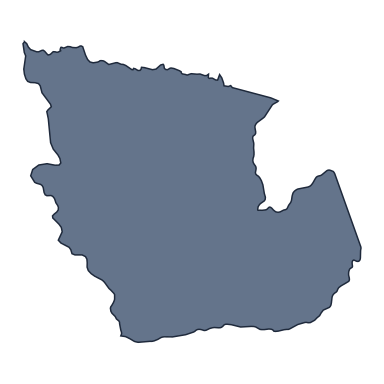 an SVG outline of Concepción
{"feature_id": "PRY-603", "entity_name": "Concepción", "entity_type": "Department", "adm_level": 1, "iso_a3": "PRY", "parent_name": "Paraguay", "parent_adm1": "", "projection": "robinson", "projection_center": [-57.042, -22.793], "detail": "fine", "context": "isolated", "style": "filled", "palette": "slate", "viewbox_px": 384, "rotation_deg": 0, "n_neighbors": 0, "source": "natural_earth", "source_scale": "10m", "svg_char_len": 4854}
<svg xmlns="http://www.w3.org/2000/svg" viewBox="0 0 384 384"><path d="M24.5,41.7L24.6,41.8L26.7,43.6L28.3,47.0L30.6,49.6L36.7,51.8L38.7,51.8L41.8,50.4L43.1,50.2L44.6,51.2L47.2,54.2L48.1,55.0L50.3,54.4L53.2,51.7L55.1,51.8L57.0,52.3L58.4,52.0L60.6,50.8L60.2,50.4L60.2,49.3L60.6,48.1L60.9,47.4L61.6,47.3L63.4,48.0L64.1,48.0L67.7,46.5L70.1,46.7L72.5,47.5L76.2,47.7L78.3,47.1L79.7,46.2L81.0,45.9L82.7,46.7L85.5,55.1L87.6,59.5L90.0,62.0L93.2,62.8L97.6,62.1L99.2,61.4L99.9,60.8L100.9,60.6L103.1,60.8L104.5,61.4L108.8,64.5L115.9,62.7L117.4,62.7L121.2,64.3L123.2,64.4L125.8,65.5L131.8,69.6L133.0,69.7L133.6,68.4L135.2,68.8L138.0,70.5L140.1,70.4L141.0,69.3L141.3,68.0L141.5,67.3L144.4,67.6L152.5,69.7L156.0,69.1L160.6,65.0L163.1,64.3L163.8,65.2L164.4,68.4L165.7,69.5L167.4,69.7L168.6,69.1L169.6,68.4L171.0,68.0L173.9,68.5L179.4,70.7L181.1,71.7L181.1,72.1L181.4,73.0L182.3,73.9L185.5,74.5L186.5,74.9L187.6,75.0L189.0,74.4L191.2,73.7L197.0,74.2L200.0,74.0L204.5,75.6L206.5,75.6L208.5,74.2L208.3,77.6L209.3,78.4L210.8,78.1L212.5,78.2L215.7,80.0L217.6,80.1L219.6,74.6L221.8,77.9L223.6,83.1L224.0,85.8L228.3,86.5L230.7,85.6L232.3,87.6L270.9,97.9L278.3,101.0L277.6,101.7L273.3,104.1L272.3,104.9L264.5,116.9L263.1,118.1L257.3,122.4L256.3,123.5L255.6,124.6L255.0,125.9L254.9,127.3L255.7,131.9L255.6,133.5L254.9,134.7L253.1,136.1L252.7,137.2L252.7,138.7L253.7,142.9L253.8,144.2L253.6,148.1L254.0,152.1L254.0,154.5L253.7,156.5L253.1,158.2L252.8,160.5L253.2,162.5L254.0,164.0L255.7,166.4L256.1,168.0L256.0,169.5L255.4,172.7L255.8,174.1L256.7,175.1L257.7,175.7L258.7,176.5L259.9,178.0L261.4,180.7L262.9,184.9L264.3,193.4L265.4,197.2L265.2,199.4L264.4,200.8L260.3,203.7L259.1,205.1L258.1,206.8L257.7,209.4L257.8,210.1L258.5,210.3L259.6,210.2L262.1,210.3L265.5,209.9L266.4,209.6L267.3,209.0L268.7,207.5L269.5,207.1L270.6,207.3L271.8,208.2L273.4,210.0L274.6,211.0L275.7,211.8L276.9,212.1L278.1,212.3L279.1,212.1L280.1,211.9L283.6,210.1L285.7,209.6L286.6,209.1L287.2,208.4L288.7,205.2L290.6,202.6L291.1,201.5L291.5,200.3L292.1,196.2L292.4,195.0L293.0,193.1L293.2,192.7L293.4,192.4L294.5,191.1L296.1,189.9L297.0,189.4L297.9,189.0L307.6,187.1L308.6,186.8L310.4,185.9L311.1,185.2L311.8,184.4L313.0,182.7L315.2,178.8L315.8,177.9L316.4,177.1L317.3,176.5L318.2,176.1L320.3,175.6L321.3,175.2L322.1,174.6L326.7,170.8L327.6,170.3L328.5,170.1L329.5,170.1L330.6,170.4L333.3,171.5L334.2,172.7L334.8,173.9L360.8,246.8L361.0,248.1L360.6,250.5L360.4,258.0L360.2,259.2L359.8,260.2L359.1,261.0L358.2,261.4L357.2,261.4L356.2,261.1L354.4,260.2L353.5,260.1L352.8,260.6L352.3,261.5L352.1,262.7L352.2,264.0L352.5,266.2L352.3,267.1L351.6,267.7L350.7,268.2L349.9,268.8L349.4,269.7L349.0,270.8L348.7,271.9L348.6,273.4L348.6,275.1L349.3,278.1L349.4,279.8L349.0,281.0L348.3,281.6L341.3,285.7L339.7,286.9L338.9,287.5L338.3,288.3L337.8,289.2L337.0,291.2L336.3,292.0L334.7,293.1L333.9,293.8L333.3,294.5L332.7,295.4L332.3,296.4L332.0,297.6L331.4,302.8L331.0,304.8L330.8,305.4L330.4,306.1L330.1,306.6L329.3,307.4L323.3,310.1L321.1,313.0L319.6,315.7L317.1,317.7L314.7,320.2L310.3,322.6L309.0,322.7L307.9,322.7L306.7,322.4L305.1,322.4L297.8,324.5L289.7,328.9L288.4,329.4L286.7,329.4L284.1,329.7L278.3,331.1L275.5,331.4L273.9,331.2L272.6,329.7L271.1,329.2L268.9,329.0L264.2,329.6L261.8,329.6L260.0,329.4L255.6,326.9L253.8,326.5L251.2,326.4L240.6,327.0L231.4,324.7L227.0,324.2L225.4,324.3L224.2,324.8L222.7,326.4L221.5,327.3L220.3,327.7L218.8,327.8L214.2,327.5L212.2,327.8L209.7,328.5L206.2,330.2L204.8,330.5L203.7,330.4L202.3,329.9L200.8,329.5L199.0,329.3L197.6,329.5L196.6,329.9L195.7,330.5L195.0,331.2L193.7,332.0L185.7,334.7L172.6,336.9L164.2,336.8L162.3,337.1L160.9,337.6L157.8,339.4L154.1,340.9L152.2,341.3L150.8,341.4L150.4,341.3L138.3,342.3L137.1,342.1L135.0,341.6L134.2,341.3L129.5,338.5L128.6,338.1L127.7,337.6L125.5,336.6L120.8,335.9L121.6,333.8L121.5,332.3L120.8,330.1L119.6,323.8L119.5,322.1L118.9,321.0L116.4,318.9L115.2,316.5L112.0,313.3L110.9,311.3L110.4,308.2L110.8,306.8L111.8,305.4L113.4,302.6L114.3,300.4L114.6,299.2L114.6,294.6L113.9,293.4L110.9,290.2L109.0,288.5L104.5,282.3L102.9,280.7L101.7,279.8L94.9,276.3L91.2,273.7L88.3,270.6L87.1,267.2L87.2,262.7L86.9,259.2L85.5,256.6L82.1,254.9L74.9,254.9L72.0,253.7L70.8,249.7L69.1,247.3L61.0,243.1L58.3,240.2L62.2,231.8L61.3,227.4L58.9,224.1L52.8,218.0L52.5,215.9L54.3,214.0L56.7,212.1L58.2,210.0L58.4,207.4L57.7,205.5L55.9,202.8L54.7,199.1L54.1,198.0L52.7,196.3L51.0,195.5L46.9,195.7L45.2,194.8L44.1,192.5L43.2,187.5L42.1,185.5L40.6,184.4L36.4,183.2L34.7,182.3L30.7,175.8L32.7,169.5L38.8,165.0L47.1,163.7L55.0,165.2L59.0,165.1L60.8,163.0L59.9,158.5L57.9,154.9L53.3,149.2L50.6,142.7L48.3,118.8L47.3,113.9L46.8,111.6L47.9,110.0L51.3,106.7L50.5,104.2L42.0,92.8L40.2,85.8L38.5,83.6L35.1,82.7L30.5,82.5L27.7,81.4L25.9,78.8L24.4,74.1L23.8,69.1L25.7,55.9L24.3,52.5L23.0,43.7L24.5,41.8L24.5,41.7Z" fill="#64748b" stroke="#1e293b" stroke-width="1.5"/></svg>